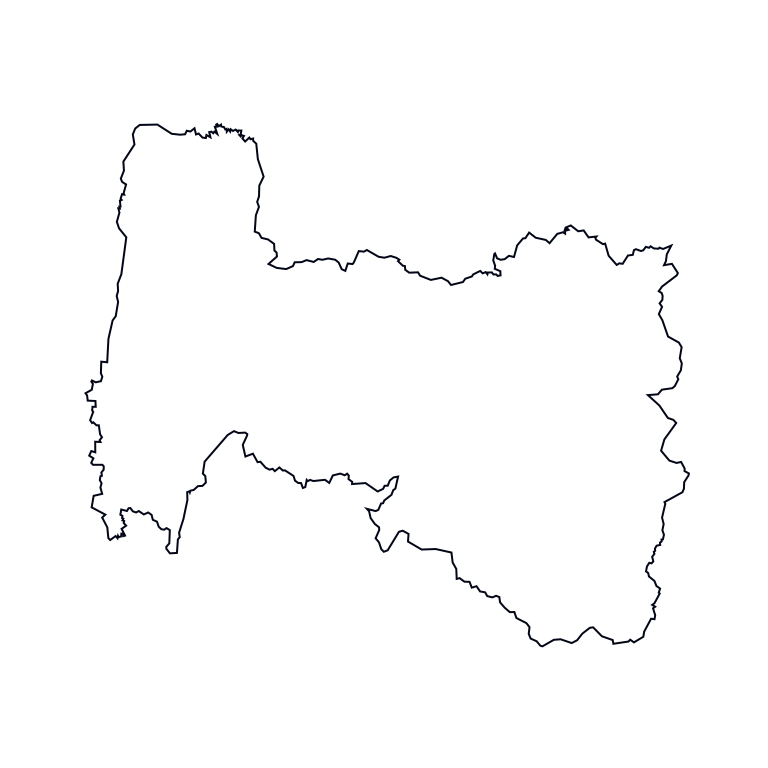 El Carmen De Bolívar, Bolívar, Colombia, rotated 353°
{"feature_id": "7082276B24819369766558", "entity_name": "El Carmen De Bolívar", "entity_type": "district", "adm_level": 2, "iso_a3": "COL", "parent_name": "Colombia", "parent_adm1": "Bolívar", "projection": "natural_earth1", "projection_center": [-75.182, 9.704], "detail": "fine", "context": "isolated", "style": "outline", "palette": "ink", "viewbox_px": 768, "rotation_deg": 353, "n_neighbors": 0, "source": "geoboundaries", "source_scale": "gbopen_adm2", "svg_char_len": 6117}
<svg xmlns="http://www.w3.org/2000/svg" viewBox="0 0 768 768"><g transform="rotate(353 384 384)"><path d="M672.5,421.4L676.7,415.1L675.9,412.3L680.3,406.6L682.1,399.9L680.7,394.5L683.9,383.7L681.7,378.8L671.7,371.5L668.1,354.8L665.3,348.1L669.4,341.3L667.4,337.5L670.5,334.5L671.3,330.5L670.7,327.5L668.0,325.4L671.8,321.2L687.9,311.8L689.2,309.7L684.4,299.8L676.4,300.2L678.8,296.4L680.5,289.8L686.0,281.6L677.4,284.0L674.0,282.2L673.0,283.2L668.3,282.3L665.4,279.8L663.7,281.1L660.6,279.8L657.6,282.9L655.2,283.3L650.5,280.9L648.4,281.6L646.7,286.1L641.8,286.2L635.5,293.8L632.3,292.9L629.5,294.2L622.6,284.1L620.6,271.6L618.4,271.9L612.0,266.6L611.6,264.7L612.8,263.5L604.9,263.4L600.9,255.9L595.4,256.1L588.7,249.4L583.3,250.9L582.6,252.4L584.3,251.4L586.0,253.5L582.4,254.0L582.1,256.8L580.2,255.2L574.3,256.1L565.5,264.4L562.1,260.7L552.4,257.3L546.5,251.4L542.1,256.5L539.7,256.5L533.1,262.6L528.5,273.8L523.6,272.0L519.0,274.8L514.9,274.9L511.6,273.1L510.1,267.9L509.3,268.5L507.5,274.7L508.7,280.1L508.0,283.2L513.2,286.2L512.9,290.4L510.0,290.6L508.7,288.9L505.9,288.6L504.7,286.4L500.6,286.0L500.0,287.7L498.6,285.3L495.4,286.2L493.3,283.5L485.9,286.1L484.3,288.0L477.5,289.4L474.8,292.4L462.6,293.9L460.1,289.8L454.1,285.5L443.2,286.4L433.0,280.9L431.4,277.3L422.6,276.6L419.0,273.2L419.1,269.5L417.1,268.9L412.9,263.8L414.4,262.5L411.5,260.2L406.3,257.8L399.8,258.7L394.2,257.1L383.3,248.9L380.2,250.2L375.2,249.0L368.8,259.8L367.4,261.1L362.7,260.0L359.4,267.0L356.0,264.9L353.8,257.9L350.7,254.7L343.9,252.6L338.0,253.2L333.7,251.9L329.1,254.3L322.2,251.6L317.1,253.0L310.2,252.3L308.0,255.9L300.9,258.0L291.7,255.7L284.0,250.8L293.3,244.4L293.4,240.4L291.5,238.2L292.0,231.5L286.4,226.3L280.3,224.1L278.2,219.1L274.3,217.0L277.4,200.9L281.5,192.9L280.3,187.8L282.8,182.6L284.4,171.9L289.8,163.5L286.2,145.5L286.5,129.9L283.8,126.7L284.0,124.4L281.3,124.8L280.4,123.0L275.7,126.4L273.4,123.0L275.2,120.7L272.8,119.6L271.9,120.8L270.7,119.2L272.2,118.8L273.3,115.1L270.3,114.6L269.7,116.1L267.8,113.4L264.9,114.4L262.9,112.5L262.1,114.7L260.8,112.3L258.7,114.4L258.8,111.6L257.4,111.9L256.5,109.5L253.9,108.6L253.8,106.7L251.5,108.0L250.1,105.6L249.0,106.2L249.4,108.2L247.5,108.1L249.0,115.5L246.4,112.8L245.0,114.3L243.5,112.5L241.2,112.7L241.8,118.0L238.1,115.2L237.1,118.2L233.9,117.3L230.5,112.8L227.8,113.4L227.1,107.1L222.6,109.8L219.1,108.6L217.0,111.9L211.9,111.7L203.8,109.8L190.7,98.9L173.1,97.1L168.2,100.1L165.1,105.7L165.5,115.9L152.4,131.5L151.9,140.5L147.8,148.1L148.7,151.5L152.3,154.5L148.8,162.9L149.2,164.4L147.1,163.7L145.1,168.2L146.0,169.3L144.2,169.9L144.1,175.7L143.0,175.6L143.2,177.7L141.7,177.3L142.3,181.6L138.6,190.5L140.0,197.2L146.1,207.0L136.7,243.0L131.9,252.0L131.4,259.3L129.4,264.1L130.1,270.1L126.0,284.0L122.4,287.8L116.0,305.6L111.9,328.7L106.1,327.4L104.3,338.8L105.3,342.4L103.4,346.7L98.1,347.2L94.5,344.9L93.8,346.0L95.1,348.4L93.2,354.1L86.6,356.8L87.9,359.2L87.9,364.4L95.5,365.7L95.1,371.5L91.9,371.1L91.1,374.7L92.0,376.2L87.9,384.1L89.5,387.2L90.8,386.6L93.6,390.0L95.9,390.2L96.1,399.4L97.6,402.5L94.9,405.1L95.5,407.0L90.3,406.1L89.1,416.6L85.3,414.9L82.7,419.2L86.5,422.3L83.8,426.6L85.3,428.7L94.7,429.9L95.8,431.6L95.3,434.9L92.7,437.4L92.8,440.7L91.3,441.0L90.2,444.8L91.6,448.1L89.9,452.3L90.9,458.7L82.2,459.6L78.8,470.8L91.5,479.7L88.0,482.2L91.9,492.6L91.6,503.3L93.2,505.5L99.1,502.2L100.7,504.6L101.5,502.3L102.0,503.7L104.6,503.2L105.1,500.5L107.1,501.0L106.8,503.2L108.5,502.9L105.9,495.8L110.8,493.2L108.7,490.2L109.4,488.3L107.8,487.5L108.9,485.9L107.7,485.1L108.3,483.0L106.4,481.6L107.9,476.6L113.4,478.7L115.3,476.2L117.1,476.2L119.2,479.8L122.3,481.3L125.1,480.2L129.7,484.2L134.3,482.8L137.4,485.6L138.0,490.6L141.9,493.0L143.0,498.2L145.3,501.0L148.2,501.8L150.5,500.5L153.6,502.9L151.5,516.0L148.0,519.2L147.9,521.0L150.9,526.0L157.9,526.4L160.5,513.1L162.6,511.1L162.5,506.6L168.5,493.5L174.7,475.3L175.5,467.3L177.8,466.8L178.1,467.9L178.8,466.3L182.1,466.0L186.9,462.7L191.4,463.0L195.2,460.1L195.4,453.6L193.3,450.9L196.5,439.2L222.6,415.6L229.3,412.5L233.6,414.9L240.2,415.3L242.2,417.0L241.8,418.5L236.4,427.2L237.6,439.1L245.4,437.2L249.0,446.2L251.8,446.1L256.4,452.7L260.1,455.1L263.1,454.6L265.0,457.2L270.0,454.1L273.1,457.6L275.1,457.6L283.0,464.2L283.9,469.1L286.8,471.8L289.6,472.2L290.8,477.3L293.3,476.7L295.6,469.8L296.5,471.1L298.9,470.2L302.1,471.7L313.8,471.9L317.6,475.5L322.1,468.5L329.7,467.6L333.9,469.8L336.5,468.5L337.9,470.7L337.2,474.1L340.5,477.2L340.1,479.4L353.6,480.1L364.6,489.9L370.3,488.0L372.2,485.1L375.3,485.4L378.1,480.4L382.1,477.9L386.7,477.6L382.5,489.3L380.3,490.4L377.9,494.9L370.1,499.6L368.6,502.2L366.5,502.3L363.0,508.3L360.2,509.1L351.8,505.8L353.7,508.5L354.4,515.5L357.9,521.9L361.6,525.6L361.5,528.3L356.9,536.1L359.7,540.5L361.2,547.7L363.4,550.5L367.4,549.5L380.8,532.5L384.7,531.9L390.1,535.8L388.6,543.3L401.2,552.9L415.2,554.1L430.4,559.5L430.4,569.5L433.2,576.4L432.4,586.3L435.4,585.9L439.7,590.0L444.8,590.8L446.3,596.8L451.2,596.0L454.1,601.6L459.0,603.1L460.6,607.1L465.6,609.0L469.4,607.9L472.5,609.5L472.6,614.9L476.5,620.7L481.1,625.8L485.6,626.2L486.9,632.4L496.2,638.7L498.8,643.1L497.2,649.6L498.5,654.5L504.2,658.0L507.3,662.8L509.3,663.7L521.4,658.6L528.2,658.9L538.7,664.0L544.4,661.9L550.5,655.9L558.5,651.1L561.9,651.0L569.6,661.0L579.8,666.0L580.0,669.8L595.3,669.4L597.2,667.8L600.6,670.9L610.6,666.5L612.0,661.6L620.5,649.5L623.8,650.4L625.0,646.6L623.7,639.4L626.0,638.1L623.3,635.9L625.7,634.6L632.1,625.6L631.3,624.6L633.1,620.7L629.8,617.7L628.4,612.4L623.5,607.3L623.2,603.8L621.2,601.9L622.8,597.1L625.5,593.8L627.7,594.6L629.7,592.9L629.1,588.2L631.7,585.5L631.3,583.5L632.8,582.6L632.9,580.3L634.9,577.7L638.5,577.4L638.6,575.1L640.4,574.1L640.5,572.2L641.9,572.2L643.5,567.7L642.5,563.1L644.5,557.1L643.7,550.5L648.6,537.2L648.0,535.4L667.0,527.8L668.9,524.6L670.0,518.0L675.1,511.9L675.7,509.9L671.7,507.1L672.1,504.5L669.4,497.6L664.7,498.0L657.9,494.8L650.9,484.0L655.5,473.2L669.3,458.3L666.9,454.9L661.6,452.3L654.7,438.9L644.6,427.2L654.7,427.6L659.1,423.5L669.7,423.3L672.5,421.4Z" fill="none" stroke="#020617" stroke-width="2"/></g></svg>